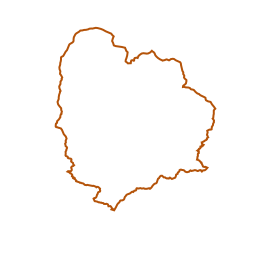 the district of San Jerónimo, Antioquia, Colombia, rotated 292°
{"feature_id": "7082276B34132684574045", "entity_name": "San Jerónimo", "entity_type": "district", "adm_level": 2, "iso_a3": "COL", "parent_name": "Colombia", "parent_adm1": "Antioquia", "projection": "mercator", "projection_center": [-75.715, 6.435], "detail": "fine", "context": "isolated", "style": "outline", "palette": "amber", "viewbox_px": 256, "rotation_deg": 292, "n_neighbors": 0, "source": "geoboundaries", "source_scale": "gbopen_adm2", "svg_char_len": 5786}
<svg xmlns="http://www.w3.org/2000/svg" viewBox="0 0 256 256"><g transform="rotate(292 128 128)"><path d="M46.5,146.0L50.1,146.5L53.1,146.7L54.5,147.1L55.8,147.8L57.3,147.9L58.0,148.2L58.7,149.7L59.2,150.3L60.0,150.9L61.1,151.1L62.3,150.9L63.1,151.0L63.8,151.3L65.2,151.6L65.9,152.0L66.8,152.9L67.9,154.2L70.2,155.5L70.6,155.9L70.6,156.8L72.3,157.4L72.8,158.4L73.1,158.7L73.8,158.8L75.0,158.5L75.5,158.8L75.8,160.4L76.9,162.0L77.0,163.5L78.0,165.2L77.9,166.2L78.6,168.1L80.1,170.2L79.8,170.9L80.0,171.3L81.8,172.1L83.5,172.4L85.5,173.1L86.4,173.7L87.1,174.6L87.7,175.0L88.4,175.1L91.0,174.9L92.3,174.9L93.0,175.5L95.0,175.8L96.1,176.5L96.5,177.6L95.6,179.7L96.1,180.7L96.0,181.2L95.8,181.8L95.8,183.1L96.2,183.6L96.3,184.5L96.5,184.9L97.4,185.1L97.7,185.4L97.2,187.8L99.7,190.4L101.4,190.4L102.8,190.1L103.0,190.2L104.1,191.2L105.3,190.9L105.9,191.2L106.2,191.5L107.3,191.8L108.2,191.6L108.9,192.1L109.3,192.8L109.3,193.9L109.6,194.6L109.7,195.9L109.0,197.4L109.0,198.7L109.3,199.6L110.5,201.1L111.1,201.2L112.1,201.8L112.1,202.1L111.9,202.5L111.9,202.9L113.2,204.8L113.6,205.2L114.0,205.8L114.2,206.7L114.2,208.7L114.7,209.4L115.5,209.9L115.9,210.6L116.2,211.2L116.1,211.6L115.6,212.1L115.3,212.8L116.9,213.5L117.4,214.7L117.7,215.1L119.1,215.9L120.9,216.5L121.0,214.7L120.9,214.0L120.4,213.3L120.4,211.9L121.3,211.2L122.0,210.3L123.3,209.2L123.1,208.8L123.8,208.1L123.9,207.4L124.5,206.5L124.6,204.4L124.9,204.2L124.7,203.8L125.4,203.7L125.5,203.9L127.1,203.2L128.3,203.3L129.2,202.8L130.3,202.5L131.3,203.0L131.7,202.6L132.1,202.7L132.8,202.4L132.9,202.2L132.7,201.9L132.8,201.5L133.7,201.7L133.8,201.6L134.2,201.7L134.0,201.3L134.4,201.5L135.3,201.6L136.0,202.4L136.3,202.6L137.5,202.3L137.9,202.1L138.1,202.4L138.7,202.8L138.5,203.3L139.0,203.4L139.6,204.1L140.7,204.4L140.7,203.3L141.0,202.4L141.7,202.4L142.3,201.8L142.8,202.4L143.6,202.9L144.4,203.7L144.9,203.8L146.2,205.0L147.1,205.4L147.9,205.0L148.7,205.3L149.3,205.8L149.6,205.4L150.5,204.7L151.2,203.8L153.7,203.5L155.1,202.5L156.5,203.6L157.2,204.4L157.5,205.4L158.1,206.0L159.3,205.6L159.8,205.6L160.4,205.3L162.5,205.7L163.9,205.3L165.6,205.5L165.9,205.2L166.8,205.1L167.2,204.9L167.8,204.0L168.4,203.0L169.1,203.3L172.2,202.4L173.1,202.3L176.3,201.0L177.6,201.2L178.6,201.7L179.8,199.9L181.4,197.0L183.1,194.8L183.1,194.6L182.7,192.4L182.9,190.3L183.0,189.9L183.6,189.3L185.0,188.5L185.2,187.6L185.5,182.7L186.1,181.1L186.0,179.4L186.7,177.2L187.9,174.8L187.9,173.8L187.5,172.0L187.6,171.5L188.2,170.5L188.2,170.2L188.2,169.0L187.3,166.3L187.1,164.4L186.6,163.6L187.3,163.4L187.9,163.4L190.1,164.7L191.1,165.0L193.4,164.6L194.4,164.1L195.1,162.0L195.7,161.2L196.0,160.9L197.4,160.7L198.0,160.1L198.7,159.0L200.3,158.4L201.4,157.0L206.2,153.6L207.5,152.9L208.2,152.2L208.5,151.8L208.7,146.9L209.2,144.9L209.0,143.7L207.9,141.9L206.4,141.0L206.1,140.7L206.1,138.2L205.7,137.6L204.7,136.6L203.4,134.7L203.6,134.2L203.6,132.3L204.1,129.7L204.8,127.8L205.6,126.2L207.3,124.6L208.0,123.2L208.1,122.1L208.5,121.2L206.4,120.3L204.7,118.8L204.0,117.6L203.6,116.0L203.1,114.2L202.1,112.7L200.1,111.4L198.5,110.7L196.5,110.7L196.4,109.5L195.3,108.0L194.5,107.9L192.8,108.4L192.5,108.1L192.5,106.6L191.9,105.8L191.0,105.8L189.1,106.3L187.9,103.7L188.3,102.8L188.8,100.9L190.2,100.4L191.9,100.4L194.8,100.1L198.1,99.3L198.8,97.6L201.3,95.2L200.8,91.9L199.3,85.8L199.3,83.9L201.3,82.3L202.7,80.7L205.0,80.4L207.6,80.4L208.2,78.8L209.2,77.1L209.3,71.2L209.7,68.1L209.7,65.7L209.3,62.5L208.8,60.6L206.8,57.7L206.6,57.0L205.9,55.5L205.4,54.8L204.7,54.3L203.3,52.3L202.5,50.6L201.3,49.0L200.5,47.3L199.0,46.6L196.3,44.6L195.1,44.1L191.9,43.8L190.1,44.2L188.3,44.9L187.5,44.9L186.4,44.4L183.9,42.5L183.2,42.3L177.4,42.3L175.4,41.6L171.3,41.1L170.4,40.9L168.9,39.6L168.4,39.5L167.9,39.6L166.2,40.3L164.4,40.7L163.1,40.8L161.3,41.4L158.7,41.6L156.9,42.5L155.3,44.0L152.7,44.7L151.9,46.1L150.2,48.1L149.9,48.1L148.7,48.0L148.3,48.4L147.4,48.4L145.8,48.0L143.4,48.9L141.7,48.7L140.7,48.7L139.2,49.5L137.1,51.6L136.8,51.6L136.2,51.3L135.5,51.6L133.1,51.7L130.7,52.2L128.9,52.9L125.8,52.9L123.7,54.4L122.4,56.5L121.3,58.6L119.6,59.4L118.4,60.6L117.3,60.6L116.2,61.1L115.9,61.0L115.6,60.6L115.3,60.6L113.6,60.8L112.7,61.2L110.1,60.7L108.6,60.1L108.1,59.8L106.9,59.9L106.5,60.2L106.1,60.2L105.1,59.6L103.6,59.9L103.0,60.2L102.5,60.3L102.1,60.6L101.9,61.2L102.3,62.4L102.1,63.2L102.4,64.4L102.4,66.2L101.8,66.9L101.6,67.4L98.2,70.8L96.8,73.5L95.2,75.0L92.6,75.0L91.8,75.6L91.4,75.8L89.8,75.6L88.7,76.5L87.8,77.0L87.5,78.2L86.8,78.9L85.9,79.0L85.0,78.9L84.0,79.2L82.7,79.0L80.5,80.0L79.4,80.2L78.8,80.8L78.8,82.7L78.4,83.2L77.8,83.4L77.6,83.9L78.1,86.5L77.9,87.1L77.2,87.6L76.0,87.6L75.5,88.0L75.0,90.1L73.9,90.8L73.5,91.3L73.3,91.9L72.4,91.5L71.3,90.4L70.3,90.1L69.9,90.2L68.7,91.3L67.8,91.6L66.8,91.3L66.3,90.8L65.5,88.6L64.9,88.3L64.9,90.1L64.3,91.6L64.5,92.2L64.1,93.1L63.6,93.9L63.4,94.1L63.1,94.2L62.5,94.0L62.2,94.1L61.9,96.0L61.7,96.0L61.3,95.7L60.9,95.9L60.9,96.2L61.5,97.3L61.5,97.5L61.2,97.6L60.9,97.3L60.7,97.4L60.6,98.1L60.4,98.7L60.0,99.3L59.8,99.8L59.2,99.9L59.4,102.9L59.4,103.5L59.2,104.0L59.6,104.7L59.4,105.3L59.8,106.9L59.7,107.2L59.7,107.8L59.2,108.7L59.1,109.3L59.4,110.8L60.0,111.5L60.9,116.3L61.1,117.1L61.4,117.4L61.5,118.2L61.5,120.3L61.2,120.8L61.7,121.1L61.9,121.5L62.1,122.2L62.0,122.9L61.3,124.8L60.5,124.9L59.3,125.8L59.0,125.8L58.6,125.8L57.4,124.5L56.9,124.4L55.0,124.5L54.7,124.3L52.5,124.5L51.7,124.4L50.9,123.9L50.7,123.4L50.1,123.0L49.9,122.6L49.6,122.5L47.8,124.4L47.7,124.7L47.9,125.2L48.0,126.0L48.2,126.9L48.1,128.7L48.4,129.2L48.4,130.3L48.8,131.0L48.7,131.6L49.1,133.4L48.6,134.1L49.0,135.4L49.7,136.5L49.7,137.7L49.5,138.2L48.3,139.0L48.1,139.2L49.0,141.0L48.5,142.0L47.6,143.2L47.4,143.2L46.7,142.7L47.3,143.4L47.3,143.7L46.3,143.3L46.5,146.0Z" fill="none" stroke="#b45309" stroke-width="2"/></g></svg>